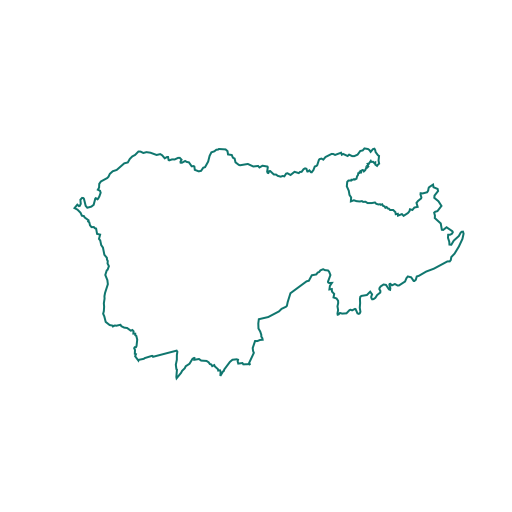 the district of Celica, Loja, Ecuador, rotated 201°
{"feature_id": "8360857B35359374832073", "entity_name": "Celica", "entity_type": "district", "adm_level": 2, "iso_a3": "ECU", "parent_name": "Ecuador", "parent_adm1": "Loja", "projection": "equal_earth", "projection_center": [-80.041, -4.165], "detail": "fine", "context": "isolated", "style": "outline", "palette": "teal", "viewbox_px": 512, "rotation_deg": 201, "n_neighbors": 0, "source": "geoboundaries", "source_scale": "gbopen_adm2", "svg_char_len": 6133}
<svg xmlns="http://www.w3.org/2000/svg" viewBox="0 0 512 512"><g transform="rotate(201 256 256)"><path d="M323.9,119.8L323.3,120.8L317.6,125.3L316.8,125.6L316.0,125.0L296.2,139.2L295.1,138.4L294.4,135.2L292.7,130.7L291.9,125.8L289.8,121.9L289.1,121.6L287.0,114.5L286.3,113.4L284.1,120.0L283.8,122.4L282.3,125.6L282.1,127.9L279.5,131.5L278.4,137.3L277.2,138.7L276.9,138.7L276.4,137.0L272.3,139.4L269.7,138.7L264.6,140.3L262.1,139.8L260.4,138.6L258.9,138.7L257.4,137.5L255.9,139.2L254.9,138.2L251.0,136.7L250.2,135.5L248.7,136.4L247.6,135.3L246.3,131.3L245.4,136.5L244.8,137.3L245.0,138.6L242.4,147.8L240.8,150.7L237.1,152.6L235.6,152.7L235.4,151.1L234.0,149.2L230.3,151.2L229.0,150.3L223.6,152.6L222.4,152.3L224.1,153.7L223.3,164.8L224.7,166.3L226.1,168.9L226.4,176.3L224.2,177.1L222.1,179.1L219.8,180.2L220.6,181.5L222.2,182.7L222.8,184.3L225.0,187.0L227.7,189.2L229.7,193.9L230.7,198.0L222.7,203.4L214.7,212.5L213.2,215.8L209.8,219.4L209.3,220.6L209.9,224.3L210.5,233.6L199.7,250.5L197.8,251.8L197.0,258.0L193.1,260.4L192.5,262.6L191.3,263.7L190.7,265.7L188.6,267.7L186.6,267.5L183.6,268.3L182.1,267.5L179.7,264.9L179.6,257.9L179.2,257.2L178.0,257.0L175.5,258.1L176.3,254.6L175.5,251.1L173.4,252.3L172.3,250.0L169.4,248.6L168.8,245.1L165.6,245.2L163.3,243.6L162.4,241.5L161.9,238.2L160.0,235.0L159.3,231.4L158.7,230.5L158.0,231.0L157.2,232.9L154.9,233.1L151.0,234.9L149.3,239.0L148.5,239.7L146.8,239.7L144.6,242.1L144.0,242.1L140.7,238.8L139.3,238.8L138.6,239.6L138.5,241.3L140.6,244.9L141.9,249.3L143.6,253.2L144.0,255.3L143.3,256.5L138.5,259.3L136.6,263.6L133.9,261.8L133.8,259.0L132.8,257.7L132.0,257.2L130.8,257.9L129.6,259.7L128.9,263.0L126.9,266.4L127.3,267.9L129.0,269.3L129.2,270.4L128.7,272.3L126.7,275.1L124.3,275.6L119.9,272.5L118.7,272.5L119.0,274.0L121.2,277.0L121.2,277.8L120.6,278.2L118.6,277.3L116.3,279.6L113.2,279.2L112.0,279.7L107.7,285.6L107.6,289.3L106.9,291.3L103.5,291.7L99.9,289.2L99.2,289.4L98.3,291.1L98.6,294.5L96.8,295.9L91.5,302.5L85.4,307.9L75.4,319.5L73.2,320.4L72.7,322.1L73.3,325.0L71.5,329.3L70.0,337.5L69.4,345.9L70.2,351.2L71.5,352.9L72.7,352.3L73.3,351.0L73.8,347.3L76.9,341.2L77.7,336.5L79.5,336.0L80.7,338.6L83.3,341.8L84.2,344.7L82.3,345.5L81.0,347.1L80.8,348.8L81.6,349.5L88.4,351.1L90.6,347.4L91.9,347.1L95.2,352.6L102.7,355.5L103.4,357.8L105.2,360.3L104.6,361.5L102.7,362.9L100.8,369.2L105.3,372.5L110.4,374.2L111.0,376.4L109.3,381.9L110.5,383.7L114.9,383.8L116.3,386.1L119.0,382.3L119.2,381.3L118.7,378.7L119.1,376.8L122.9,374.1L124.8,373.6L124.5,372.4L122.6,370.0L122.5,368.9L124.5,365.4L125.2,363.1L122.7,359.8L125.5,358.0L126.5,355.0L129.0,354.8L128.8,352.7L129.6,350.5L132.6,346.4L134.8,347.4L137.9,344.6L138.7,346.2L140.5,345.1L141.6,346.9L144.4,348.1L147.3,347.0L148.9,347.8L150.1,347.6L151.6,348.5L152.5,347.4L153.8,348.4L155.3,348.3L156.7,349.5L157.8,348.5L158.7,348.8L160.1,348.0L162.4,347.8L164.1,348.6L166.9,346.9L170.8,345.4L173.2,345.9L175.4,344.9L176.8,345.2L178.6,344.1L181.9,343.2L184.6,343.1L187.0,341.0L188.2,344.8L190.6,346.5L192.8,350.2L196.2,353.6L197.4,357.9L196.7,359.6L194.1,360.6L194.2,361.4L193.0,361.8L192.0,362.9L191.2,362.7L189.9,364.2L190.2,366.6L189.8,368.2L190.2,369.9L189.4,370.4L189.4,371.2L188.8,371.2L188.9,372.4L187.9,372.1L188.2,373.4L187.4,374.4L186.5,374.5L185.6,373.7L184.8,375.3L184.7,377.9L184.0,378.1L183.3,379.7L183.9,379.9L184.0,380.7L184.4,380.5L183.9,381.8L184.6,382.2L183.7,382.8L182.9,385.9L182.1,385.2L180.4,385.9L179.0,385.2L178.2,386.1L177.4,384.1L175.3,383.5L175.0,384.9L174.0,386.1L173.8,385.8L175.8,389.0L177.0,393.5L178.3,393.8L181.6,395.9L182.7,397.6L183.9,398.6L185.1,397.7L186.3,394.3L188.1,395.6L189.8,396.0L193.3,395.3L194.2,392.8L196.3,391.4L197.5,387.0L200.1,384.4L202.0,383.7L205.4,384.0L206.3,382.2L211.2,382.5L212.2,381.3L213.6,382.9L218.4,378.7L220.4,378.9L222.0,378.4L226.6,373.3L227.7,370.1L229.8,370.4L231.4,369.2L231.7,368.2L231.4,362.8L231.8,361.8L233.2,360.6L233.2,356.8L234.0,354.1L234.8,353.9L236.8,355.1L237.9,353.4L238.4,353.3L240.2,355.5L241.6,355.4L242.7,354.1L243.6,350.9L245.0,350.3L245.8,348.7L250.2,348.4L252.8,344.0L256.3,344.5L257.4,343.7L258.1,340.5L259.7,340.3L261.4,338.9L264.4,338.6L266.4,339.2L268.6,338.5L273.2,340.4L274.0,340.0L274.2,337.9L274.9,337.8L275.8,338.7L276.8,343.1L277.4,343.6L282.3,342.6L284.5,339.9L286.3,340.8L290.6,338.6L296.6,339.0L303.4,335.0L304.7,334.9L308.7,336.1L310.9,339.3L312.8,339.5L314.8,341.6L318.5,340.8L320.2,343.7L322.6,344.6L329.0,342.6L329.6,341.7L331.1,341.0L332.4,338.8L334.8,336.8L335.2,332.9L334.5,327.0L335.4,320.7L336.9,319.5L337.8,315.8L339.8,314.5L344.0,314.5L345.6,317.4L346.4,317.6L348.2,316.7L352.2,319.4L354.3,319.0L356.2,319.3L358.6,316.5L359.8,316.1L360.3,316.9L360.0,319.2L362.3,320.3L363.9,319.7L366.5,317.0L369.0,316.1L371.3,314.2L372.0,314.3L373.6,316.9L374.5,316.6L376.2,314.5L379.7,316.4L381.9,316.8L385.0,314.7L391.6,314.6L395.5,313.7L398.1,311.8L401.2,312.1L403.2,311.4L405.1,307.0L407.2,304.6L408.6,301.4L409.2,297.4L412.2,295.3L416.9,286.4L420.1,283.8L421.9,280.3L422.1,277.2L422.8,275.5L427.5,270.0L428.2,267.2L427.0,263.6L427.4,261.2L425.0,261.0L423.7,259.4L423.6,255.3L424.0,252.7L424.3,252.1L426.3,252.6L426.6,252.0L425.9,245.6L427.4,243.1L430.8,240.6L433.0,241.8L437.1,247.7L437.9,248.2L439.2,247.9L440.1,245.6L438.3,241.9L438.5,239.6L439.2,239.1L441.2,239.9L442.6,235.7L439.3,235.3L435.3,233.5L433.0,231.2L431.0,231.6L429.8,230.6L425.1,229.3L425.1,228.1L423.7,227.7L422.0,225.2L419.9,224.0L417.8,224.9L416.5,224.2L415.1,224.3L412.3,219.7L409.2,220.1L408.7,215.7L407.0,214.7L404.4,210.7L401.9,209.0L398.0,202.8L394.6,200.9L393.8,199.2L392.6,198.2L391.9,195.8L389.7,193.8L389.6,190.1L390.2,189.0L389.9,184.3L386.1,180.2L384.2,176.6L383.7,167.5L383.1,164.2L382.1,161.9L381.1,157.3L379.6,154.2L378.3,150.0L378.0,147.3L376.0,145.3L372.7,140.6L367.9,139.1L364.8,139.6L364.3,139.0L362.8,140.6L361.5,140.8L357.9,143.2L356.5,142.2L353.4,141.9L350.5,142.6L346.1,141.4L344.9,142.6L343.3,141.8L342.7,139.6L340.9,140.2L340.3,138.8L339.1,138.5L336.9,135.3L335.3,129.2L335.4,127.9L336.5,127.4L336.7,126.3L335.3,124.9L334.1,121.3L332.9,121.3L332.9,119.1L328.3,116.2L328.3,117.0L323.9,119.8Z" fill="none" stroke="#0f766e" stroke-width="2"/></g></svg>